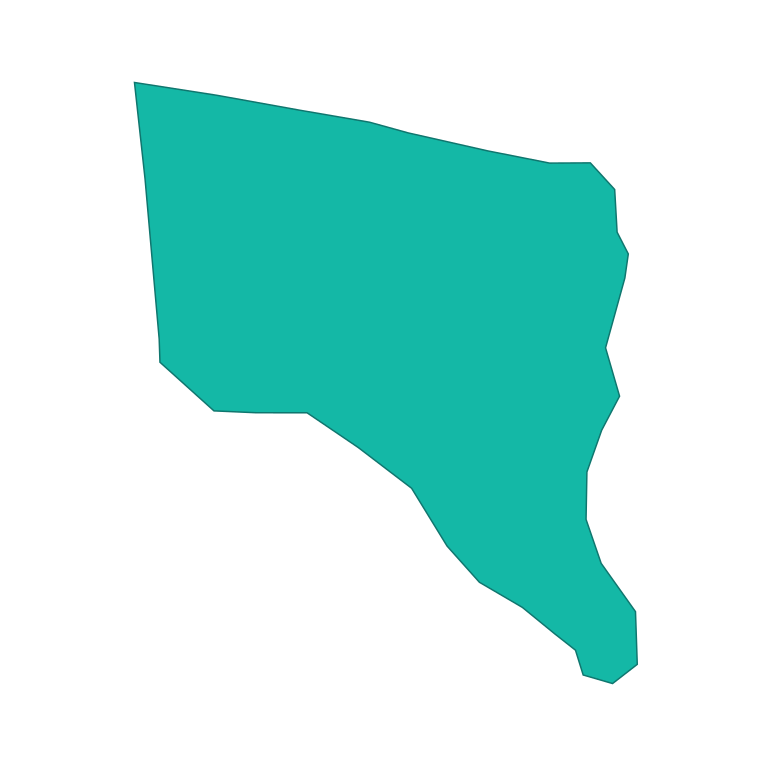 Bayaut, Sirdaryo, Uzbekistan, rotated 10°
{"feature_id": "79887680B47457060484858", "entity_name": "Bayaut", "entity_type": "district", "adm_level": 2, "iso_a3": "UZB", "parent_name": "Uzbekistan", "parent_adm1": "Sirdaryo", "projection": "robinson", "projection_center": [68.989, 40.333], "detail": "fine", "context": "isolated", "style": "filled", "palette": "teal", "viewbox_px": 768, "rotation_deg": 10, "n_neighbors": 0, "source": "geoboundaries", "source_scale": "gbopen_adm2", "svg_char_len": 601}
<svg xmlns="http://www.w3.org/2000/svg" viewBox="0 0 768 768"><g transform="rotate(10 384 384)"><path d="M671.2,564.5L629.0,522.9L606.5,482.3L599.1,435.4L606.4,391.7L618.1,355.1L595.9,309.9L602.8,237.8L602.0,213.5L587.2,194.0L577.4,152.4L548.8,130.4L508.7,137.7L445.2,136.4L363.9,132.5L324.4,128.7L252.9,129.0L169.4,128.7L85.9,130.4L113.0,223.3L154.8,378.8L159.6,401.5L221.2,440.0L263.1,434.5L313.2,425.7L369.4,450.9L429.3,481.9L474.3,532.7L512.4,562.7L559.1,580.0L595.7,600.5L618.8,612.9L630.7,636.0L661.1,639.3L682.1,616.1L671.2,564.5Z" fill="#14b8a6" stroke="#0f766e" stroke-width="1.5"/></g></svg>